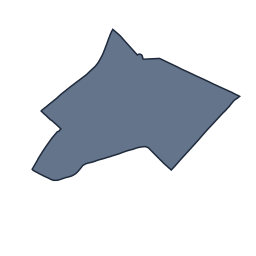 Al Matariyya, Al Qahirah, Egypt, rotated 207°
{"feature_id": "37247803B27962965783351", "entity_name": "Al Matariyya", "entity_type": "district", "adm_level": 2, "iso_a3": "EGY", "parent_name": "Egypt", "parent_adm1": "Al Qahirah", "projection": "robinson", "projection_center": [31.312, 30.128], "detail": "fine", "context": "isolated", "style": "filled", "palette": "slate", "viewbox_px": 256, "rotation_deg": 207, "n_neighbors": 0, "source": "geoboundaries", "source_scale": "gbopen_adm2", "svg_char_len": 4925}
<svg xmlns="http://www.w3.org/2000/svg" viewBox="0 0 256 256"><g transform="rotate(207 128 128)"><path d="M207.2,117.2L207.6,116.5L207.8,115.9L208.1,115.3L208.5,114.4L208.9,113.5L209.3,112.6L209.7,111.7L209.9,111.2L210.1,110.7L210.7,109.3L211.4,108.0L211.5,107.7L211.8,107.1L211.9,106.7L212.1,106.3L212.4,105.7L212.6,105.2L212.8,104.9L212.9,104.6L213.0,104.3L213.1,104.0L213.1,103.7L212.7,103.5L212.4,103.5L212.1,103.4L211.5,103.2L211.1,103.1L210.5,102.9L210.1,102.8L209.2,102.5L208.8,102.4L208.4,102.3L207.5,102.1L206.6,101.9L206.2,101.7L205.8,101.6L205.0,101.4L204.9,101.3L204.5,101.2L204.1,101.1L203.2,100.8L202.8,100.7L202.4,100.6L201.5,100.3L201.1,100.2L200.8,100.1L200.5,100.1L200.2,100.1L199.8,100.1L199.5,100.1L198.9,99.9L198.6,99.9L198.3,99.8L197.8,99.7L197.2,99.5L196.7,99.4L196.3,99.3L196.1,99.2L195.8,99.1L195.5,99.1L195.1,98.9L194.8,98.9L194.6,98.8L194.1,98.7L193.7,98.6L193.2,98.5L192.7,98.3L192.1,98.2L191.6,98.0L191.2,97.9L190.9,97.8L190.6,97.7L190.4,97.7L190.1,97.6L189.5,97.4L189.2,97.3L188.9,97.2L188.3,97.0L187.8,96.8L187.7,96.8L187.4,96.7L188.2,93.7L188.3,93.6L189.3,92.5L191.2,84.5L192.7,74.3L193.4,68.4L194.1,60.4L194.1,57.9L194.6,48.4L194.7,47.8L193.5,47.2L191.1,47.1L188.6,47.1L186.3,47.0L183.0,47.0L181.5,47.0L178.3,47.1L177.1,47.2L174.3,47.2L173.0,47.2L170.9,47.5L169.3,48.2L167.6,49.1L166.1,50.3L164.4,52.0L162.3,54.2L160.8,55.7L158.9,57.3L157.5,58.6L156.5,59.6L155.7,60.7L154.7,62.2L153.8,63.8L152.9,66.4L152.1,69.7L151.8,71.3L151.3,74.0L149.5,76.8L147.9,78.4L146.3,79.7L145.1,80.7L143.7,82.0L143.2,82.4L142.9,82.8L140.4,85.5L138.6,87.2L137.6,88.1L135.8,89.7L134.6,90.9L132.6,92.9L131.5,93.8L129.4,96.0L127.7,97.6L124.3,100.9L122.4,103.1L121.0,104.6L119.8,105.8L118.6,107.1L116.3,109.2L115.3,110.1L113.9,111.3L112.7,112.6L111.3,114.1L109.9,115.3L107.6,117.1L105.4,118.6L104.0,119.3L102.5,119.5L102.1,119.6L100.9,119.6L97.7,118.6L94.8,117.6L80.2,112.8L70.4,110.2L68.9,115.3L67.0,122.9L62.3,140.1L59.8,149.4L58.7,154.0L56.6,162.2L54.3,170.1L52.0,178.3L50.4,184.0L48.9,188.3L48.6,189.8L47.6,193.0L47.1,195.9L46.6,198.0L46.0,200.7L45.2,202.3L43.8,204.7L43.8,204.8L42.9,206.9L45.0,206.9L47.2,206.8L48.0,206.8L48.4,206.8L48.8,206.8L51.5,206.9L59.8,206.5L71.1,206.0L81.3,205.8L89.8,205.4L97.1,205.2L106.5,204.8L112.6,204.8L131.5,204.3L143.9,197.2L144.9,196.5L145.2,196.5L145.5,196.4L146.1,196.4L146.4,196.7L146.5,196.9L146.7,197.2L146.9,197.4L147.1,197.6L147.2,197.8L147.4,198.0L147.6,198.2L147.8,198.4L148.0,198.6L148.2,198.8L148.4,198.9L148.6,199.1L148.9,199.2L149.2,199.3L149.5,199.3L149.8,199.3L150.0,199.3L150.4,199.3L150.9,199.2L151.2,199.1L151.4,198.9L151.7,198.8L151.9,198.6L152.1,198.4L152.3,198.2L152.5,197.9L152.7,197.5L152.8,197.3L153.1,197.4L170.3,204.0L176.5,206.5L177.1,206.6L177.6,206.8L186.3,209.0L186.3,208.7L186.3,208.3L186.4,207.8L186.4,207.7L186.4,207.2L186.4,206.7L186.4,206.1L186.4,205.6L186.3,205.1L186.3,204.5L186.3,203.9L186.3,203.4L186.2,202.7L186.1,202.4L186.1,202.0L186.0,201.6L186.0,201.2L185.9,200.8L185.9,200.3L185.9,200.1L185.9,199.8L185.8,199.3L185.8,198.8L185.7,198.3L185.7,197.8L185.6,197.3L185.5,196.7L185.5,196.3L185.4,195.9L185.4,195.3L185.3,195.0L185.2,194.2L185.1,193.3L185.0,192.3L184.9,191.8L184.9,191.4L184.8,190.5L184.8,190.4L184.7,189.9L184.7,189.5L184.6,188.7L184.5,188.4L184.5,188.0L184.4,187.3L184.4,186.6L184.3,185.7L184.2,184.8L184.2,184.4L184.1,184.0L184.1,183.1L184.0,182.7L184.0,182.3L184.0,181.6L184.0,180.9L183.9,180.5L184.0,180.0L184.0,179.3L184.0,178.6L184.0,178.0L184.0,177.3L184.1,176.7L184.1,176.2L184.1,175.6L184.1,175.0L184.2,174.4L184.2,173.8L184.2,173.3L184.3,173.1L184.3,172.8L184.4,172.1L184.5,171.8L184.5,171.4L184.6,170.7L184.7,170.3L184.8,170.0L184.8,169.7L184.9,169.4L184.9,169.1L185.0,168.8L185.1,168.3L185.3,167.9L185.4,167.5L185.5,167.1L185.7,166.6L185.9,166.1L186.1,165.6L186.3,165.0L186.4,164.6L186.6,164.3L186.7,163.9L186.8,163.4L187.1,162.9L187.3,162.3L187.4,162.0L187.5,161.8L187.7,161.2L188.0,160.5L188.1,160.0L188.3,159.4L188.6,158.6L188.7,158.2L188.9,157.6L189.0,157.2L189.3,156.7L189.5,156.2L189.7,155.7L190.0,155.2L190.4,154.3L190.8,153.4L191.1,153.0L191.3,152.5L191.7,151.6L191.9,151.2L192.1,150.8L192.3,150.4L192.5,149.9L192.9,149.2L193.2,148.5L193.4,148.1L193.6,147.7L194.0,147.0L194.1,146.7L194.3,146.3L194.6,145.7L194.8,145.4L194.9,145.0L195.0,144.9L195.2,144.4L195.4,144.1L195.5,143.7L195.8,143.1L196.0,142.8L196.2,142.5L196.4,141.9L196.5,141.8L196.6,141.5L196.8,141.1L197.2,140.4L197.3,140.0L197.5,139.7L197.9,138.9L198.1,138.5L198.2,138.2L198.4,137.8L198.6,137.4L199.0,136.4L199.4,135.5L199.7,135.0L199.9,134.5L200.3,133.5L200.9,132.2L201.6,130.8L202.2,129.4L202.8,128.1L202.9,127.8L203.1,127.5L203.3,126.8L203.4,126.5L203.6,126.1L203.9,125.3L204.1,124.7L204.3,124.1L204.4,123.9L204.7,123.1L204.8,122.8L204.9,122.5L205.1,122.0L205.3,121.6L205.5,121.1L205.7,120.6L206.0,119.9L206.4,119.2L206.6,118.7L206.8,118.1L207.0,117.7L207.2,117.3L207.2,117.2Z" fill="#64748b" stroke="#1e293b" stroke-width="1.5"/></g></svg>